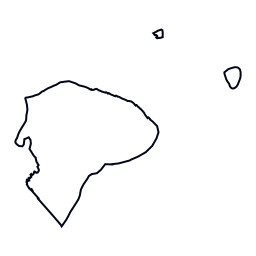 Lapaha, Tongatapu, Tonga (Natural Earth projection)
{"feature_id": "48082658B59364107477614", "entity_name": "Lapaha", "entity_type": "district", "adm_level": 2, "iso_a3": "TON", "parent_name": "Tonga", "parent_adm1": "Tongatapu", "projection": "natural_earth1", "projection_center": [-175.073, -21.147], "detail": "fine", "context": "isolated", "style": "outline", "palette": "ink", "viewbox_px": 256, "rotation_deg": 0, "n_neighbors": 0, "source": "geoboundaries", "source_scale": "gbopen_adm2", "svg_char_len": 3170}
<svg xmlns="http://www.w3.org/2000/svg" viewBox="0 0 256 256"><path d="M61.6,226.4L63.3,224.0L66.1,220.0L68.2,216.3L70.5,211.7L73.1,207.7L76.0,203.2L78.4,199.3L79.8,195.6L80.9,189.6L83.6,184.2L87.3,178.9L88.9,176.0L91.8,174.1L96.9,173.2L100.8,169.9L105.2,164.2L111.9,164.4L111.8,164.2L118.7,163.4L129.6,160.5L131.5,159.4L137.7,156.8L145.9,152.1L152.2,145.9L156.5,138.4L158.5,132.3L157.1,126.1L152.8,121.7L150.3,119.7L150.0,119.4L150.1,119.2L149.2,118.1L148.4,117.4L147.6,118.1L145.8,115.8L144.8,114.3L144.3,113.1L142.7,111.1L140.3,108.6L139.7,108.4L139.0,107.4L137.8,106.6L136.9,105.4L136.5,105.0L135.5,104.9L135.4,105.2L134.9,104.7L133.5,103.1L131.4,101.5L129.8,101.2L128.3,100.9L127.6,101.0L125.6,99.9L124.0,99.2L122.6,98.8L119.5,97.1L118.6,96.7L117.4,96.6L117.0,96.1L116.6,95.8L115.8,95.7L115.3,95.8L115.1,96.2L114.2,95.9L113.5,95.5L111.8,94.8L110.5,94.3L109.9,93.9L109.4,93.4L108.9,93.4L108.5,93.1L108.1,93.0L107.8,93.1L107.7,93.4L106.3,92.3L105.7,92.3L105.4,92.6L105.2,92.5L104.5,92.4L103.1,91.9L101.6,91.5L101.0,91.2L100.5,90.9L98.8,90.3L97.1,89.2L96.4,88.9L95.6,89.0L93.9,89.7L92.9,90.0L92.1,89.7L91.3,89.3L91.1,89.8L90.2,89.4L87.6,87.8L84.7,86.7L79.2,85.4L75.4,83.3L69.4,81.3L68.3,81.2L66.4,81.5L64.4,81.7L62.9,82.0L61.5,82.1L60.1,82.4L58.4,83.4L57.1,84.3L56.7,84.4L56.4,84.7L54.3,85.5L51.9,86.6L49.9,87.5L48.0,88.3L46.1,89.4L44.0,90.7L43.6,91.0L41.9,91.6L40.7,92.7L39.3,93.8L38.9,94.1L37.8,94.6L34.9,95.4L32.1,96.5L29.9,96.9L27.9,97.4L26.6,97.5L25.7,97.7L25.3,98.2L25.8,100.2L26.9,104.8L27.2,107.6L27.4,108.9L27.3,110.5L27.0,112.2L26.8,113.4L26.5,114.7L26.3,115.9L26.3,117.8L26.0,120.3L25.7,121.2L24.0,124.1L21.6,128.0L19.5,131.5L18.3,134.3L17.1,137.8L16.1,139.5L15.9,139.9L15.4,141.1L15.5,142.7L16.6,144.1L18.9,145.9L20.9,146.2L22.4,146.3L23.8,144.4L24.4,139.1L25.7,138.7L28.7,137.3L30.5,140.0L30.9,143.7L29.5,148.9L31.7,152.4L33.7,155.6L34.5,156.6L35.7,157.6L35.6,158.3L36.0,159.3L36.3,161.2L36.8,162.3L37.3,162.8L37.5,163.6L38.0,164.2L38.6,165.1L37.4,166.7L38.9,169.8L38.8,170.7L37.7,172.5L36.3,172.8L35.4,171.9L34.4,171.5L33.9,172.3L34.0,173.0L33.2,174.3L32.0,175.2L31.2,174.0L30.5,174.7L31.3,176.2L30.6,177.1L30.9,177.3L29.8,178.4L29.0,177.8L28.8,177.9L29.3,178.9L29.0,179.2L28.7,179.4L28.6,180.2L29.0,180.6L28.5,180.8L28.0,179.4L26.9,179.6L26.8,180.9L27.3,180.9L27.4,181.3L26.9,181.5L26.5,182.0L26.8,182.2L27.1,182.9L27.1,183.6L27.1,184.1L26.8,184.3L28.8,187.8L28.9,187.7L30.6,189.7L31.6,189.1L32.6,190.8L32.1,191.1L36.2,195.7L38.5,198.3L38.0,198.7L52.7,215.4L60.6,224.6L61.6,226.4ZM224.4,73.2L224.7,74.5L226.3,79.4L227.4,81.4L228.7,83.2L229.3,84.2L229.8,86.0L230.6,87.3L231.6,88.2L232.8,88.5L234.1,88.3L235.4,87.5L236.5,86.6L237.2,85.4L237.8,84.7L238.3,83.2L239.2,80.9L239.7,79.7L240.2,78.2L240.6,76.2L240.6,74.0L240.6,72.4L240.2,70.3L239.8,69.3L238.5,68.0L237.6,67.5L236.0,67.2L234.3,67.3L231.4,68.1L229.3,68.8L228.5,69.1L227.6,69.6L226.7,70.5L225.3,71.6L224.4,72.3L224.4,73.2ZM162.7,36.2L162.7,34.2L162.7,32.6L162.4,30.3L161.2,29.6L159.2,30.3L157.4,30.9L157.1,31.3L155.1,32.3L153.3,33.2L154.2,34.2L154.8,35.1L156.0,35.0L156.8,35.5L157.3,36.1L156.2,37.4L157.0,38.2L160.6,37.8L162.7,37.1L162.7,36.2Z" fill="none" stroke="#020617" stroke-width="2"/></svg>